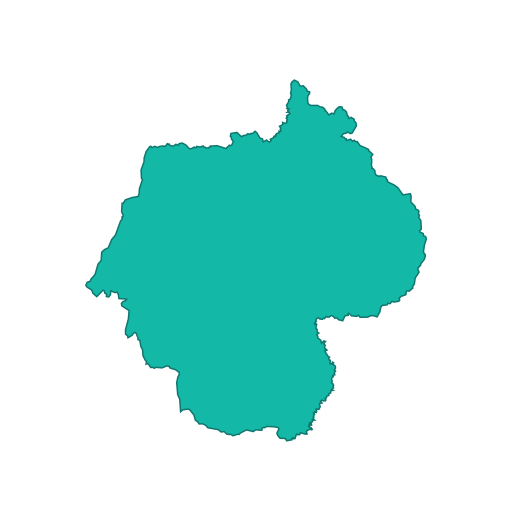 Si Satchanalai, Sukhothai, Thailand, rotated 123°
{"feature_id": "78962969B22677252120762", "entity_name": "Si Satchanalai", "entity_type": "district", "adm_level": 2, "iso_a3": "THA", "parent_name": "Thailand", "parent_adm1": "Sukhothai", "projection": "albers", "projection_center": [99.746, 17.588], "detail": "fine", "context": "isolated", "style": "filled", "palette": "teal", "viewbox_px": 512, "rotation_deg": 123, "n_neighbors": 0, "source": "geoboundaries", "source_scale": "gbopen_adm2", "svg_char_len": 6130}
<svg xmlns="http://www.w3.org/2000/svg" viewBox="0 0 512 512"><g transform="rotate(123 256 256)"><path d="M377.4,116.2L376.1,118.0L375.2,118.2L372.0,116.6L371.5,114.7L370.7,114.4L370.0,116.5L370.5,117.6L369.8,118.3L370.2,119.1L367.9,119.6L368.2,118.4L367.6,117.3L366.3,118.6L366.3,120.0L364.2,118.3L362.8,119.5L361.7,117.5L361.3,119.4L360.1,119.4L359.5,120.5L358.7,120.3L358.3,120.9L356.9,120.7L356.4,122.1L356.1,121.6L354.7,121.9L354.4,119.6L354.1,120.9L353.3,120.5L352.4,121.9L351.3,122.2L350.9,120.3L349.8,119.5L349.2,120.1L347.5,120.0L345.6,122.2L344.8,122.2L343.3,120.6L342.5,122.8L340.8,122.0L340.8,120.5L339.6,118.9L338.6,119.0L337.9,120.5L336.6,119.7L335.0,120.3L333.3,119.0L332.0,120.0L330.3,118.8L328.2,119.8L326.6,118.2L326.8,119.8L325.7,119.9L324.4,119.1L323.4,120.3L322.1,120.5L321.1,122.5L321.3,123.7L319.4,124.0L317.8,125.8L316.5,126.1L315.1,125.4L314.2,126.6L312.7,125.2L311.3,126.7L309.2,126.6L309.1,128.2L306.9,128.2L305.5,129.2L304.9,130.4L305.2,132.7L303.3,132.7L303.4,134.1L304.8,133.5L306.0,135.3L303.0,136.8L303.3,138.1L302.5,139.2L300.8,139.2L301.0,140.6L298.6,146.0L297.1,146.8L297.0,145.5L296.2,145.2L295.9,148.0L294.3,149.3L293.2,149.2L292.6,151.4L289.8,151.2L290.4,153.0L293.6,153.5L291.4,155.8L291.1,159.7L289.7,160.5L288.8,162.3L286.4,161.4L286.3,163.6L284.3,164.7L284.0,166.5L280.2,167.9L280.2,168.6L281.4,169.3L280.8,170.2L278.0,169.8L277.6,170.7L275.0,171.0L273.9,170.2L274.1,168.2L272.9,165.8L271.6,165.6L271.2,164.5L268.5,164.2L268.4,162.7L267.4,161.4L264.9,160.4L264.5,158.1L265.3,156.2L263.9,154.1L264.5,152.1L263.1,148.0L257.7,148.8L255.5,146.4L254.4,147.3L253.4,147.0L254.2,143.3L251.7,138.6L249.9,137.9L250.7,135.3L246.6,129.2L243.1,126.8L241.7,124.0L241.2,121.3L235.3,121.7L230.9,123.5L228.7,123.2L225.5,119.4L224.1,119.8L222.9,117.6L219.9,117.2L219.5,115.2L216.2,111.6L214.7,111.5L213.1,112.9L210.9,112.4L207.1,109.4L206.0,109.4L205.3,110.4L203.0,110.4L202.1,108.4L197.4,107.0L196.6,108.0L193.3,107.9L187.8,110.5L180.7,110.5L179.4,112.7L177.5,113.6L174.1,112.9L173.0,113.5L167.2,113.0L164.2,113.8L162.8,114.7L161.6,117.7L154.7,120.9L148.9,122.4L147.3,124.4L147.9,126.2L146.1,128.0L146.6,131.7L145.5,132.6L143.7,131.9L140.9,133.8L136.5,137.1L135.0,140.6L133.0,141.0L132.3,142.5L129.7,143.9L129.2,144.7L129.7,147.4L127.8,149.6L126.2,155.8L121.7,158.2L119.7,160.4L124.7,166.1L121.5,174.1L121.2,178.6L122.1,186.3L120.6,187.1L120.6,188.3L119.1,190.2L121.0,195.4L122.1,196.0L122.8,199.2L121.5,201.5L119.8,202.6L119.0,205.1L119.4,206.6L118.5,206.8L117.5,208.3L112.3,211.3L110.3,213.5L107.2,213.4L106.2,218.9L105.3,219.8L106.7,229.0L104.9,233.4L105.9,234.8L105.4,236.6L107.2,237.6L106.5,240.2L109.9,243.1L108.6,244.0L109.0,245.5L108.5,246.7L109.4,249.7L105.8,249.3L104.1,247.4L102.1,246.7L102.0,243.6L100.6,242.3L91.9,242.7L89.7,245.0L89.3,246.9L87.9,248.2L87.9,251.7L89.8,252.7L90.0,253.7L88.6,254.4L88.5,255.8L85.8,258.8L85.4,261.3L86.0,262.8L84.2,265.0L85.5,267.5L88.3,268.4L90.9,268.8L94.2,268.0L95.1,270.4L98.0,271.8L96.3,276.3L96.5,277.2L95.4,278.1L94.9,281.2L96.1,283.5L96.1,286.2L99.7,291.8L100.2,293.7L99.4,295.8L95.4,298.9L92.8,299.8L90.7,299.5L89.1,300.5L89.9,302.8L88.6,304.3L87.5,309.1L88.8,310.3L89.3,311.9L87.2,315.8L87.6,319.7L90.5,320.6L92.7,320.4L97.3,316.9L101.0,315.5L101.1,314.5L104.1,313.1L105.9,312.8L107.3,313.7L108.7,312.6L113.0,312.5L114.5,310.4L115.5,310.4L114.7,308.3L116.5,308.7L117.4,307.7L118.3,308.0L117.4,306.7L118.1,305.2L121.8,306.6L122.4,305.4L124.0,305.7L124.4,304.1L126.3,303.7L126.8,302.9L128.8,303.5L129.5,306.4L130.6,305.4L132.5,305.7L134.4,307.0L135.4,304.8L136.8,304.5L137.7,303.2L138.6,303.6L138.9,304.7L140.3,303.8L142.1,305.4L143.7,305.5L144.2,304.7L144.8,305.4L145.4,305.0L145.8,306.1L147.7,305.9L150.3,307.6L151.0,306.1L153.0,306.6L153.4,308.0L153.0,310.3L156.3,312.1L154.2,314.4L155.0,316.7L152.2,322.5L151.9,324.7L154.9,325.5L156.1,327.1L157.4,327.5L157.8,329.5L160.2,330.2L161.9,332.2L163.9,333.1L162.8,339.3L166.9,343.8L169.6,342.7L169.6,341.6L171.2,340.3L172.4,337.3L176.2,336.8L177.2,337.4L177.6,338.7L182.2,339.7L184.7,348.8L188.2,353.4L188.9,353.4L188.7,354.1L191.2,354.6L192.8,357.1L192.5,358.3L193.1,359.5L192.5,360.3L194.9,362.0L196.4,365.4L197.9,365.1L198.4,367.3L200.9,368.4L202.3,370.5L201.1,375.4L201.4,379.3L203.6,381.7L205.5,381.5L205.9,384.0L208.4,384.9L209.7,386.6L210.0,388.9L209.4,390.0L210.2,390.4L210.1,391.6L212.4,391.6L214.1,392.5L214.3,393.9L216.8,396.7L218.5,397.6L219.2,400.7L221.7,402.2L221.3,404.0L222.1,404.7L228.1,405.0L234.7,403.2L237.8,401.3L246.5,399.2L253.3,394.3L253.6,392.9L262.8,390.5L267.8,387.8L270.3,387.3L274.5,391.8L280.0,396.1L284.5,396.2L284.7,397.0L292.1,392.8L294.5,389.2L295.5,389.0L296.4,389.7L297.6,388.4L300.6,388.6L314.9,385.3L320.8,386.0L329.7,384.4L333.0,386.5L336.8,387.5L344.1,383.4L348.8,384.1L359.1,380.9L365.3,381.8L367.5,381.3L370.0,383.3L373.3,382.7L374.1,380.7L374.0,375.3L376.1,372.4L376.8,367.4L368.1,365.7L367.8,364.3L369.5,362.5L369.3,360.6L371.5,359.4L370.5,357.2L367.8,357.0L364.3,358.8L363.7,355.0L363.0,353.7L361.9,353.2L363.1,350.6L366.4,347.8L362.6,341.1L364.1,340.9L366.7,342.7L369.0,343.1L370.9,341.4L370.9,332.7L378.4,328.7L388.9,325.3L392.6,322.8L392.9,320.3L394.3,318.8L389.9,316.7L387.5,316.7L385.8,315.5L386.0,314.6L389.1,310.2L390.4,309.5L390.0,307.6L394.7,303.1L396.3,300.2L401.3,296.3L403.6,292.4L404.2,290.3L406.6,289.3L405.4,288.5L405.3,287.1L406.9,283.6L405.6,282.1L405.6,280.2L403.8,279.2L401.1,274.0L396.5,270.7L395.9,268.5L396.7,267.5L396.6,266.4L395.2,261.8L395.4,257.1L397.0,256.0L400.3,255.5L405.3,253.6L414.9,246.2L417.7,241.9L427.7,234.4L424.9,233.6L421.2,229.5L421.1,227.7L423.2,221.4L426.7,217.5L426.8,214.8L427.8,212.1L425.9,209.5L425.3,206.0L426.3,203.0L422.2,193.1L422.6,189.4L420.6,187.1L421.3,183.3L419.3,179.7L419.3,177.4L415.4,174.2L414.8,173.0L412.7,172.6L407.0,169.2L404.7,162.6L402.0,161.7L399.0,156.2L396.6,157.2L394.9,154.9L393.2,154.3L389.5,148.1L387.7,143.7L388.5,142.6L393.2,142.0L394.6,140.2L395.8,136.5L393.2,132.4L394.2,129.5L390.5,125.7L389.2,126.6L388.2,126.0L388.8,124.8L387.7,123.8L384.3,124.9L382.9,124.5L383.3,123.8L381.9,122.0L380.1,122.6L378.4,117.4L377.4,116.2Z" fill="#14b8a6" stroke="#0f766e" stroke-width="1.5"/></g></svg>